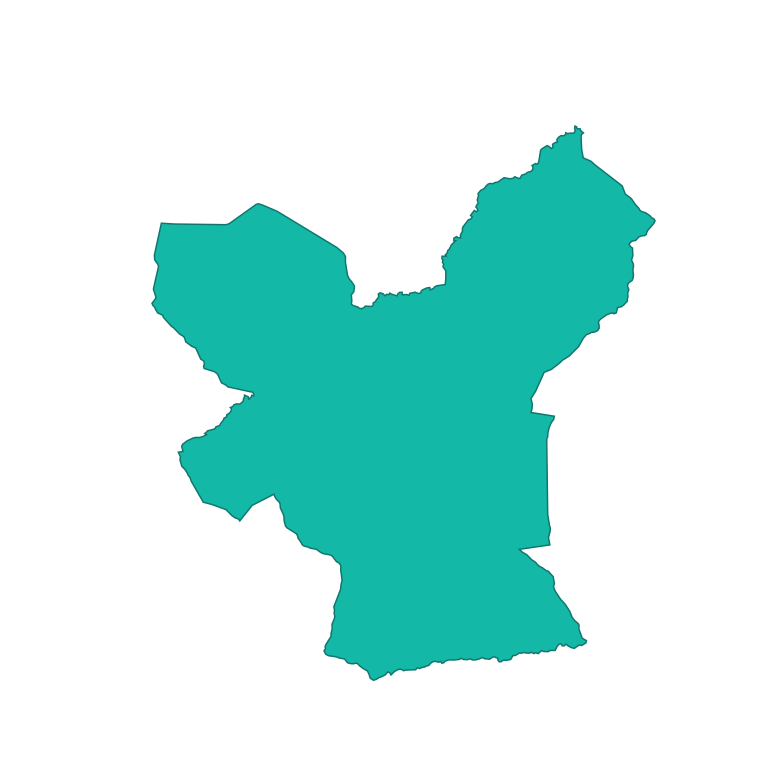 outline of Paraíso das Águas, Mato Grosso do Sul, Brazil, rotated 282°
{"feature_id": "56859067B51876233967063", "entity_name": "Paraíso das Águas", "entity_type": "district", "adm_level": 2, "iso_a3": "BRA", "parent_name": "Brazil", "parent_adm1": "Mato Grosso do Sul", "projection": "robinson", "projection_center": [-53.129, -19.185], "detail": "fine", "context": "isolated", "style": "filled", "palette": "teal", "viewbox_px": 768, "rotation_deg": 282, "n_neighbors": 0, "source": "geoboundaries", "source_scale": "gbopen_adm2", "svg_char_len": 6163}
<svg xmlns="http://www.w3.org/2000/svg" viewBox="0 0 768 768"><g transform="rotate(282 384 384)"><path d="M671.1,526.9L672.8,523.6L674.4,522.8L673.8,519.9L675.6,518.9L676.0,517.2L673.7,517.3L671.7,518.3L669.5,518.0L668.6,516.6L668.0,513.6L667.1,511.7L667.6,509.6L665.7,509.6L664.1,508.2L663.8,505.6L661.6,503.4L658.9,502.3L656.7,503.3L655.7,501.2L653.5,499.0L650.9,500.1L649.1,498.8L650.7,495.9L651.1,493.9L646.8,489.5L645.1,488.6L633.1,489.2L630.8,488.2L631.1,486.3L628.5,483.4L626.6,484.9L624.4,484.8L622.7,483.7L620.7,480.2L619.1,479.1L616.8,475.3L613.2,474.2L613.3,471.1L614.0,468.9L612.1,467.5L610.9,464.6L610.8,458.6L605.2,453.3L604.3,451.0L602.5,448.7L602.2,446.0L601.1,444.2L598.2,442.3L596.1,441.5L593.5,438.3L589.8,436.4L587.7,437.3L583.5,436.9L580.5,438.6L578.3,437.5L576.2,437.1L574.9,438.8L573.1,439.7L571.7,438.7L572.5,436.2L566.9,433.6L565.7,435.7L563.4,434.6L562.2,432.4L553.9,428.5L551.5,428.5L549.6,429.0L546.1,427.8L544.5,428.0L543.0,428.7L542.4,426.2L543.3,424.4L541.3,422.1L538.7,422.4L539.1,424.3L534.2,421.0L529.7,419.9L527.8,418.6L525.2,418.5L523.2,417.2L522.1,418.4L521.0,414.2L518.5,414.7L517.3,416.0L515.3,415.8L513.5,417.6L511.8,417.2L510.2,417.8L509.0,419.6L507.1,421.1L499.4,422.6L494.0,423.2L491.1,415.3L489.7,413.5L487.5,412.3L485.7,409.7L487.9,408.7L486.9,406.0L484.1,402.1L482.6,401.1L480.6,400.9L479.6,398.3L480.3,395.5L478.1,390.4L475.9,390.0L476.3,387.9L475.1,383.3L477.5,382.7L476.9,380.2L475.2,378.9L472.9,378.4L473.5,372.5L474.1,370.8L472.5,370.3L472.3,368.1L470.5,366.5L472.1,364.3L472.4,361.2L470.7,359.7L468.7,360.6L466.6,360.1L464.8,359.0L463.0,358.6L461.0,356.5L459.0,357.0L457.3,356.0L456.3,349.5L454.5,348.5L453.0,346.2L452.9,344.1L453.9,342.4L454.3,337.5L455.3,335.5L458.7,335.2L464.4,333.5L468.0,335.3L473.5,334.8L476.6,331.9L479.7,328.0L482.6,325.8L494.9,321.0L500.7,319.8L503.7,317.0L507.7,309.5L530.7,243.6L533.7,228.3L534.2,223.9L533.3,221.8L509.2,199.8L507.9,198.2L506.9,196.0L496.9,145.7L495.0,132.8L462.3,132.6L457.7,133.9L454.2,137.8L452.2,139.0L428.9,138.7L422.0,142.6L420.3,142.9L414.6,140.3L412.8,141.7L411.3,143.9L409.6,144.9L406.5,147.8L405.3,153.2L403.4,154.3L396.2,164.1L395.2,166.6L390.4,173.7L388.7,178.3L386.9,179.8L384.0,181.3L380.8,188.4L380.1,192.3L370.2,199.6L368.9,203.1L366.6,204.1L364.0,203.8L361.8,204.8L360.8,215.7L359.1,219.1L351.4,224.8L350.0,229.8L348.7,231.9L348.6,257.2L347.3,258.6L345.3,258.9L345.5,257.0L343.4,256.8L341.0,254.9L343.2,254.0L344.1,249.9L342.2,250.2L340.2,249.6L338.0,249.9L335.7,248.3L334.4,247.2L333.8,243.6L332.4,241.5L330.4,240.7L329.1,238.6L327.9,240.0L325.5,240.0L323.1,238.6L321.2,236.6L319.2,236.9L317.4,234.7L315.3,234.4L311.2,232.3L309.1,231.8L307.3,228.6L304.9,227.8L301.4,221.0L299.8,220.3L298.2,218.9L297.5,221.0L295.9,219.1L293.5,215.2L292.3,210.1L291.0,207.9L287.4,203.2L283.2,199.5L280.8,199.1L276.2,201.4L274.5,197.0L270.6,200.0L267.3,200.2L261.4,203.4L259.2,206.9L255.6,210.4L253.9,211.5L252.3,213.6L248.7,215.8L230.8,231.8L230.4,240.4L228.3,255.5L223.4,263.0L222.1,266.3L221.7,269.7L220.1,271.4L237.9,280.3L253.3,299.2L250.3,301.3L248.8,302.8L246.5,306.3L245.0,307.3L241.2,308.4L235.9,312.4L233.6,313.7L229.5,314.7L224.6,317.2L223.1,319.1L219.2,329.7L217.1,331.2L215.2,332.0L213.3,334.3L209.7,337.6L208.9,339.3L208.7,343.6L208.1,346.1L208.3,352.2L206.2,356.8L205.5,359.3L205.6,367.2L204.9,369.2L200.3,374.5L199.8,376.7L198.1,379.0L195.9,379.9L193.5,380.2L183.4,383.8L178.8,383.7L174.0,384.2L155.7,381.3L151.9,382.8L150.0,382.7L146.6,384.1L144.6,384.3L138.2,383.1L133.7,384.2L128.3,384.1L126.4,384.8L117.3,381.4L114.9,381.0L112.8,381.8L110.5,380.8L107.6,383.2L106.7,386.3L107.2,394.2L106.7,396.7L106.8,402.6L103.8,406.2L103.5,409.2L104.0,412.4L105.1,414.3L105.0,416.3L103.4,418.5L101.3,422.9L99.9,427.4L97.0,429.7L93.5,431.6L92.0,435.2L93.3,437.6L96.2,440.6L97.2,442.6L99.7,445.6L103.2,447.7L102.6,449.8L100.9,451.3L104.6,453.8L106.6,455.7L108.3,458.5L108.4,461.0L107.6,462.7L108.6,464.4L111.1,474.4L113.1,475.4L113.2,478.1L114.8,480.3L115.8,482.9L117.1,484.2L117.8,486.1L121.1,488.1L122.7,489.8L123.4,492.2L123.2,495.2L124.4,497.1L122.9,498.6L123.8,500.5L125.5,501.2L127.7,505.0L128.6,509.8L130.2,514.8L131.7,516.6L131.1,518.9L131.6,522.7L133.1,525.2L132.5,527.8L133.3,531.4L135.4,535.1L136.9,536.9L136.2,539.5L136.8,544.6L138.6,546.2L140.3,548.6L139.5,550.4L139.7,552.2L137.5,552.9L136.2,554.5L136.8,556.4L138.7,558.2L139.1,561.0L140.9,565.2L145.1,566.6L145.9,569.1L149.0,572.3L149.2,574.3L150.5,576.8L150.5,579.7L151.2,582.7L152.3,584.1L151.4,586.6L152.7,588.4L152.3,590.9L156.1,593.6L155.5,595.7L156.4,600.4L157.8,601.7L159.0,606.8L162.9,607.8L165.5,609.0L166.8,610.8L164.9,612.9L165.5,614.9L167.4,616.1L165.9,619.1L165.1,622.2L165.0,625.1L169.4,629.3L169.4,631.8L172.7,635.3L175.0,635.4L176.6,630.7L184.0,626.1L185.5,625.4L188.7,624.9L190.0,623.8L192.0,620.0L194.8,616.6L200.3,612.9L206.2,607.1L210.2,601.4L216.7,594.8L219.9,592.5L221.6,591.9L224.2,592.2L230.7,589.5L235.0,583.6L235.3,581.1L237.2,577.1L237.8,574.5L239.2,571.7L241.1,569.3L242.9,564.8L246.6,559.3L248.2,554.5L250.4,550.7L261.1,579.7L268.0,576.8L274.0,577.1L277.6,576.7L280.0,575.3L290.6,571.2L364.0,554.6L366.2,555.1L370.4,554.5L375.6,554.6L380.8,555.6L384.6,557.3L387.9,557.3L386.7,533.8L390.8,533.9L395.3,533.2L400.3,530.8L408.4,533.8L428.7,538.2L433.0,544.6L440.9,551.3L444.7,553.9L449.7,559.2L461.3,566.7L470.1,569.4L474.6,571.9L475.7,574.0L477.6,576.1L478.6,579.2L480.7,581.9L483.2,582.9L486.5,582.1L488.7,580.9L490.9,581.4L493.0,582.7L498.5,588.0L501.1,592.4L500.5,594.3L501.9,596.4L507.2,596.6L509.1,600.3L511.3,602.2L515.8,604.8L518.0,604.3L519.8,604.5L523.9,603.4L527.3,603.9L529.6,602.2L532.2,601.6L534.7,603.0L536.9,605.2L539.1,605.6L542.3,605.4L547.0,603.8L551.5,603.5L553.3,602.9L556.7,600.4L561.4,600.7L568.6,598.8L569.7,596.4L571.9,594.6L574.7,596.3L576.0,598.1L576.6,600.2L580.8,602.7L582.5,605.2L583.3,608.0L584.9,609.5L587.5,609.5L589.4,610.2L596.9,614.4L600.0,615.2L601.7,613.6L602.2,611.2L603.6,609.6L604.7,607.3L605.9,604.2L606.2,600.6L606.9,598.4L608.8,596.8L611.8,592.6L616.8,587.3L620.0,580.5L627.3,575.8L642.2,544.8L644.9,540.2L646.6,531.9L654.4,528.6L666.3,525.5L668.9,525.2L671.1,526.9Z" fill="#14b8a6" stroke="#0f766e" stroke-width="1.5"/></g></svg>